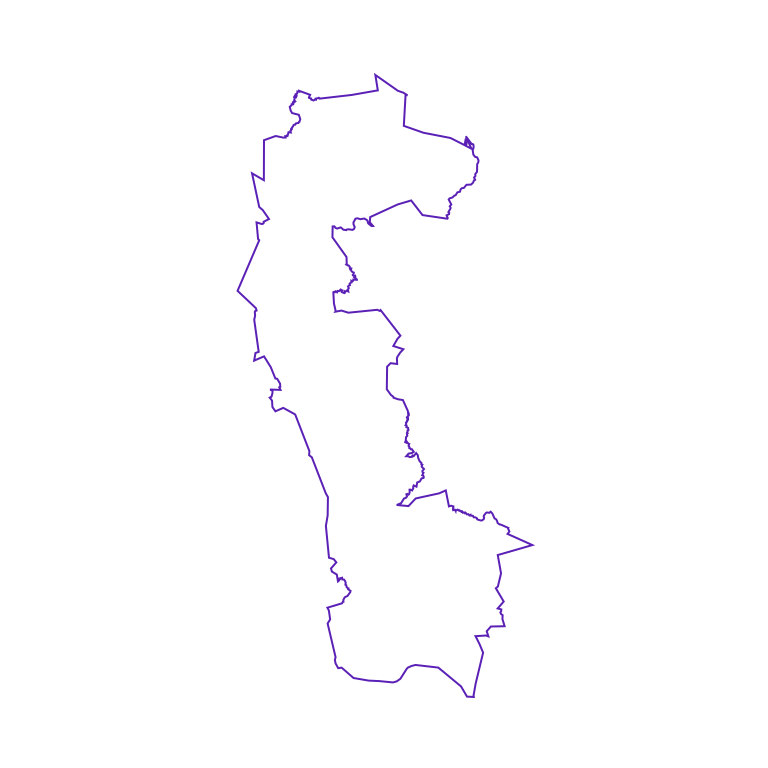 Tamazula, Durango, Mexico (orthographic projection), rotated 21°
{"feature_id": "50627088B45533435131247", "entity_name": "Tamazula", "entity_type": "district", "adm_level": 2, "iso_a3": "MEX", "parent_name": "Mexico", "parent_adm1": "Durango", "projection": "orthographic", "projection_center": [-106.644, 24.97], "detail": "fine", "context": "isolated", "style": "outline", "palette": "violet", "viewbox_px": 768, "rotation_deg": 21, "n_neighbors": 0, "source": "geoboundaries", "source_scale": "gbopen_adm2", "svg_char_len": 6151}
<svg xmlns="http://www.w3.org/2000/svg" viewBox="0 0 768 768"><g transform="rotate(21 384 384)"><path d="M265.2,98.6L273.0,112.1L250.3,125.7L222.1,140.4L220.9,140.2L220.9,140.6L220.4,140.5L217.9,142.1L218.5,143.0L217.6,143.3L216.7,144.5L214.2,144.6L213.7,143.6L211.6,143.8L211.2,143.4L211.4,140.5L199.7,140.7L200.1,141.5L198.3,141.9L198.8,143.9L197.8,145.0L199.2,146.2L199.1,147.6L197.5,146.9L197.2,148.4L198.3,149.2L198.4,151.3L199.9,151.9L199.5,152.7L198.1,153.2L198.0,153.8L198.9,154.4L199.0,155.4L197.5,155.9L197.8,156.9L196.7,159.0L198.9,162.2L201.1,164.0L208.0,163.2L210.9,166.7L211.1,169.6L210.6,170.0L210.6,171.0L208.5,172.1L208.1,173.8L207.3,174.0L206.7,174.9L206.8,176.0L206.1,177.8L206.6,178.8L205.9,179.3L206.4,180.3L205.9,181.3L206.9,182.6L204.6,183.2L205.0,186.0L204.5,186.4L204.9,187.2L203.0,188.0L203.8,189.2L201.5,190.1L194.0,191.3L184.6,199.4L198.8,236.8L185.3,234.6L204.1,263.5L208.5,265.1L217.5,271.2L213.5,275.7L214.0,276.8L213.4,278.0L212.1,278.5L207.1,278.8L214.5,293.8L216.0,294.5L213.9,349.5L237.2,359.1L238.7,361.1L237.6,362.1L237.6,363.1L239.2,366.4L239.8,370.5L255.5,398.9L252.9,401.1L254.4,408.7L262.1,401.2L272.3,408.9L280.6,417.8L282.4,417.4L286.8,420.9L288.2,423.8L287.4,424.6L289.5,426.6L280.4,429.7L280.6,430.2L282.3,430.0L283.2,432.8L283.5,436.3L282.2,437.7L285.4,439.6L288.1,445.5L292.4,448.4L298.5,442.4L311.7,444.2L312.4,444.7L338.4,473.4L339.6,477.3L342.9,478.3L368.8,506.9L372.2,509.7L378.5,526.9L380.6,537.3L394.9,565.9L399.8,565.5L403.4,567.6L400.6,575.2L402.6,577.8L408.2,578.8L411.8,584.8L412.2,584.1L411.9,583.4L412.5,583.2L412.2,581.6L412.9,581.6L413.0,580.9L414.3,579.9L415.1,581.4L416.7,580.9L418.0,581.7L419.4,583.1L419.9,585.2L420.8,585.3L422.0,587.1L423.2,587.4L423.7,588.1L424.2,587.8L424.4,588.5L425.1,588.8L426.9,589.1L427.1,590.4L425.9,594.9L423.8,597.2L423.4,600.1L424.1,601.7L423.7,601.8L423.4,603.8L411.3,613.1L413.7,615.2L418.1,623.1L417.2,627.8L436.7,656.4L437.0,659.2L439.0,662.3L443.1,665.7L446.1,664.0L460.9,669.4L476.0,666.4L485.9,663.1L499.3,659.4L502.4,657.1L504.9,653.4L507.3,641.7L508.0,640.1L511.0,637.2L514.1,635.0L536.3,629.3L564.3,638.7L573.5,646.1L580.0,644.0L579.2,642.6L576.9,630.6L572.8,599.3L566.4,592.6L559.8,586.6L569.3,582.3L571.9,582.2L568.5,578.0L570.7,572.1L583.4,566.9L578.8,561.0L577.6,557.3L575.7,556.8L574.5,555.5L574.8,554.2L574.3,552.4L570.6,552.8L573.7,544.2L561.6,534.6L562.9,532.3L561.1,518.8L551.5,502.9L580.2,481.2L553.1,479.7L553.9,476.7L551.7,474.6L551.7,473.8L543.2,473.4L542.3,473.7L540.0,473.1L538.2,470.9L536.8,470.0L535.4,469.9L531.5,466.0L529.3,465.0L528.5,466.5L526.0,467.1L525.4,467.8L524.4,471.1L524.6,472.1L525.4,473.0L525.5,474.5L524.4,476.2L523.4,476.7L520.1,477.0L519.3,476.8L519.0,476.1L517.1,475.7L515.5,476.3L514.3,475.2L512.1,475.8L511.7,475.1L510.8,476.1L509.5,475.3L508.2,476.0L506.2,474.9L505.8,475.7L504.6,475.2L503.9,475.9L503.1,475.3L502.5,475.6L502.1,474.8L501.1,475.4L500.5,475.0L499.8,475.4L499.0,474.8L498.6,475.2L497.5,475.0L496.8,476.0L496.1,476.0L496.3,476.8L495.4,476.0L493.8,477.0L493.1,475.8L493.3,474.8L492.7,474.4L492.6,473.4L490.2,473.6L488.5,475.0L479.8,461.2L474.7,466.3L454.6,479.5L450.6,489.2L439.2,492.4L442.7,489.1L443.7,483.7L445.1,482.6L445.8,480.8L444.4,478.9L445.2,478.2L446.6,478.5L446.9,477.6L446.8,476.0L445.7,473.5L446.6,473.1L448.4,473.3L448.7,470.7L448.0,469.3L448.1,468.0L451.1,468.2L450.3,464.0L452.4,462.1L452.9,458.7L454.5,457.6L454.6,456.9L453.6,455.5L452.4,455.5L452.7,452.8L451.8,452.7L451.0,451.5L451.8,449.0L449.0,447.8L448.6,447.2L448.7,445.6L447.7,445.6L447.1,444.2L445.0,443.4L442.2,440.5L441.1,438.4L438.8,437.0L437.5,440.7L435.5,440.3L436.2,440.8L436.3,441.9L434.4,443.0L432.2,442.8L430.7,443.4L431.9,440.2L434.9,438.3L436.1,436.7L433.4,434.9L432.4,435.3L431.7,434.7L430.6,434.8L430.0,433.4L429.1,433.0L429.0,430.9L427.9,430.9L426.2,429.8L426.1,430.8L424.6,430.7L424.6,429.1L423.6,425.6L424.3,424.1L423.3,422.4L423.7,421.6L422.9,421.2L423.1,419.9L422.6,418.9L423.3,418.2L422.2,416.3L420.4,416.3L420.3,415.1L418.9,414.8L419.2,413.6L418.3,412.1L419.1,410.9L418.6,409.9L419.3,408.8L418.9,407.8L418.2,408.0L417.4,407.1L418.1,406.5L417.6,406.0L418.4,404.4L417.8,402.9L417.3,403.3L416.0,400.7L407.4,392.2L402.7,393.2L397.8,393.4L397.3,392.6L394.3,391.7L388.5,387.9L380.7,366.7L382.7,362.2L389.1,360.6L386.8,355.3L386.8,353.6L387.9,348.7L389.6,344.6L379.1,345.2L380.4,336.9L382.0,333.0L354.3,316.2L353.9,317.3L351.2,317.1L325.2,330.2L318.0,330.7L312.7,333.9L312.8,333.3L308.4,326.7L303.8,316.5L304.4,315.7L305.4,315.8L305.8,314.7L307.3,315.2L307.5,313.7L308.8,313.4L309.7,311.3L311.4,311.6L311.2,312.9L311.6,313.3L314.4,313.4L314.7,313.1L314.0,311.5L315.0,311.6L315.7,310.2L317.5,310.4L316.4,308.7L316.8,307.1L315.5,306.0L315.7,305.0L316.8,303.9L316.0,302.8L316.6,301.3L317.3,300.8L316.6,299.4L317.6,299.5L318.2,298.7L317.9,297.4L321.3,296.5L321.2,296.1L319.2,295.5L319.0,294.7L318.2,294.8L318.6,293.8L318.3,293.3L317.4,294.1L316.2,293.5L315.3,294.0L316.2,292.7L315.9,290.8L314.4,290.8L313.1,290.2L312.4,289.2L311.6,289.2L311.9,287.9L310.6,288.1L310.0,286.8L308.7,286.1L307.3,286.3L307.0,285.8L305.9,285.9L306.1,285.1L303.5,278.9L283.3,265.5L279.6,255.3L281.2,254.6L282.9,255.7L284.5,255.7L287.5,253.3L290.8,254.5L293.6,253.9L293.9,253.1L295.7,252.2L299.4,251.4L300.5,249.9L300.4,247.9L298.5,246.1L297.6,244.3L298.1,239.9L299.9,238.8L302.9,238.6L306.2,236.6L309.1,237.0L310.5,237.9L311.2,239.3L312.4,240.0L315.8,241.0L317.1,240.4L312.8,238.1L311.3,233.1L332.4,211.5L343.6,202.9L359.4,212.5L383.9,207.0L384.0,206.2L382.0,204.1L383.8,202.2L383.6,200.9L382.5,200.4L383.2,196.4L383.0,195.6L381.7,194.5L382.5,192.3L378.3,188.6L378.7,187.2L381.1,185.3L382.1,183.0L383.2,182.1L383.8,178.8L386.0,177.3L385.8,174.8L386.4,173.4L388.3,172.3L389.6,168.5L393.8,166.6L395.0,164.1L395.0,161.9L395.9,160.7L394.1,159.0L394.8,157.1L394.0,155.4L394.8,152.6L392.2,145.3L392.6,143.5L392.1,141.4L389.7,139.0L387.7,139.3L385.2,137.8L383.1,134.1L382.9,131.1L381.9,128.8L380.9,128.2L379.9,128.6L371.6,123.4L381.3,133.0L375.0,132.3L375.0,130.1L372.4,125.5L373.6,132.1L357.9,130.5L330.8,135.3L310.0,135.9L300.5,106.3L302.6,106.1L297.7,105.1L291.9,105.3L265.2,98.6Z" fill="none" stroke="#5b21b6" stroke-width="2"/></g></svg>